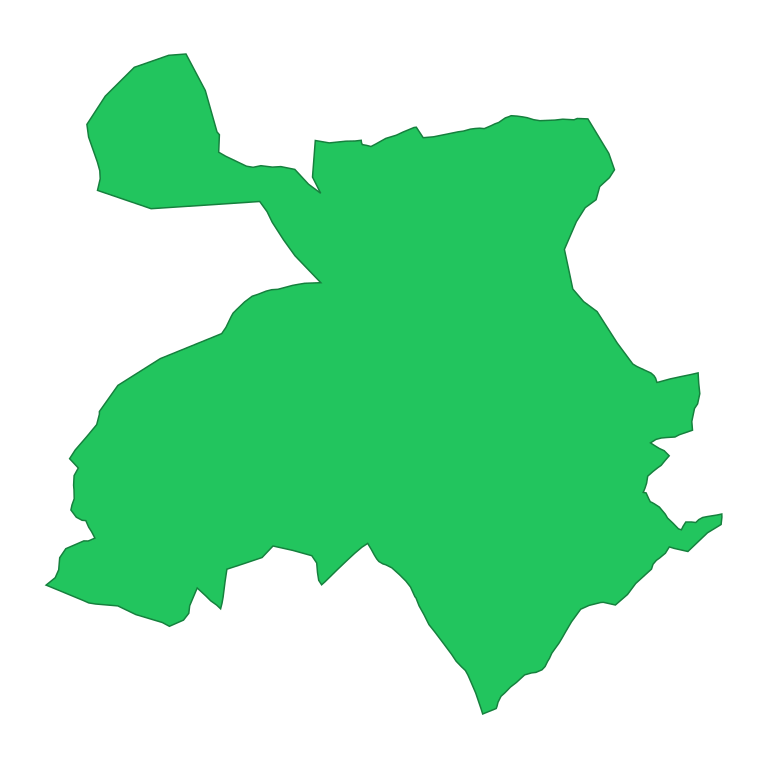 the district of Ahiazu-Mbaise, Imo, Nigeria
{"feature_id": "59680162B56887411771488", "entity_name": "Ahiazu-Mbaise", "entity_type": "district", "adm_level": 2, "iso_a3": "NGA", "parent_name": "Nigeria", "parent_adm1": "Imo", "projection": "albers", "projection_center": [7.273, 5.552], "detail": "fine", "context": "isolated", "style": "filled", "palette": "green", "viewbox_px": 768, "rotation_deg": 0, "n_neighbors": 0, "source": "geoboundaries", "source_scale": "gbopen_adm2", "svg_char_len": 3607}
<svg xmlns="http://www.w3.org/2000/svg" viewBox="0 0 768 768"><path d="M83.3,600.5L88.7,602.9L95.5,604.0L117.8,605.9L135.9,614.6L162.3,622.5L169.4,626.3L183.5,620.1L188.8,613.3L189.7,605.7L197.2,588.0L206.0,596.1L210.7,600.8L216.7,605.1L220.6,608.8L222.0,603.3L223.1,597.1L225.1,581.3L226.9,569.2L244.6,563.4L262.1,557.5L273.0,546.0L292.8,550.4L311.8,555.7L316.7,563.0L317.5,572.5L318.7,580.3L321.6,584.8L325.0,581.8L337.7,569.3L348.2,559.3L354.7,553.3L361.9,547.2L367.7,543.4L371.4,549.6L374.5,555.3L376.8,559.0L378.9,561.5L382.9,563.9L385.6,564.7L391.8,567.8L399.6,574.8L405.8,581.0L410.5,587.0L414.9,596.7L416.0,598.0L419.1,605.9L423.9,614.5L427.4,621.5L429.0,624.7L434.6,631.7L441.5,640.8L451.5,654.2L456.2,661.3L461.6,666.9L465.4,670.5L467.8,674.8L469.2,677.9L472.3,685.1L475.7,693.0L481.1,708.9L482.7,714.0L496.2,708.5L497.0,706.3L498.0,702.3L501.0,696.3L505.1,692.6L510.4,687.1L516.5,682.4L524.6,674.9L526.7,674.3L531.6,672.9L535.9,672.4L542.0,669.8L545.1,666.5L547.6,661.4L549.4,658.5L551.8,653.2L554.2,649.8L559.1,643.0L561.8,638.5L565.9,631.3L571.5,621.8L580.7,609.2L589.1,605.4L600.7,602.5L603.3,602.3L615.4,605.0L627.5,594.5L635.7,583.5L651.5,569.1L653.0,564.3L656.4,560.3L659.6,558.0L665.4,553.2L669.3,546.9L674.2,548.4L687.9,551.5L707.5,532.8L721.1,524.5L721.9,517.2L721.8,514.0L717.1,515.0L716.5,515.1L711.4,515.9L707.1,516.6L702.6,517.5L698.8,519.6L695.8,522.5L691.4,522.0L685.8,522.0L683.1,526.3L681.4,529.8L678.5,528.9L673.2,523.4L667.5,518.0L665.3,514.2L659.4,507.1L654.3,503.8L651.8,502.4L650.3,501.8L648.8,498.9L646.1,492.9L643.2,492.4L644.9,488.4L646.6,483.2L647.7,476.2L653.0,471.5L657.8,467.7L661.2,465.3L665.2,460.4L669.2,455.8L664.2,450.7L659.2,448.4L654.5,445.5L650.5,442.9L656.0,439.4L661.3,438.0L666.9,437.5L675.0,437.0L679.4,434.7L692.5,430.2L691.8,421.5L694.5,408.5L697.6,403.9L699.8,393.7L698.7,383.1L698.1,372.9L690.2,374.7L680.4,376.7L675.4,377.8L670.2,378.9L658.2,382.2L656.9,382.4L656.4,380.8L655.6,378.2L654.0,375.7L651.1,373.1L644.6,370.1L636.9,366.5L632.8,364.0L617.2,343.0L597.1,311.6L583.6,301.6L572.8,289.0L569.1,271.4L564.4,249.4L576.4,221.6L585.2,207.7L596.1,199.7L599.7,186.6L609.4,177.7L614.5,169.8L608.8,153.4L587.9,118.9L581.0,118.6L577.2,118.5L574.0,119.8L562.7,119.2L554.8,120.1L547.1,120.4L539.9,120.7L533.7,119.7L527.2,117.7L522.8,116.9L517.0,116.1L511.1,115.7L509.1,116.6L505.3,117.9L500.8,121.0L498.7,122.5L495.0,123.8L491.1,125.7L484.3,128.6L479.8,128.2L475.2,128.5L470.5,129.1L463.3,131.1L458.2,131.8L433.6,136.8L423.2,137.7L416.3,127.2L414.0,127.5L402.9,132.1L396.3,135.2L385.8,138.4L375.8,144.0L371.0,146.5L366.7,145.4L362.3,144.6L361.5,142.7L361.2,140.3L355.1,141.0L345.8,141.2L329.3,142.9L315.3,140.5L312.5,177.1L320.7,193.3L308.5,184.2L294.8,169.4L280.9,166.6L272.4,167.1L260.9,165.7L253.1,167.3L246.5,166.2L225.6,156.2L218.7,152.2L219.4,134.7L217.0,131.9L205.3,90.5L186.0,54.0L168.7,55.3L134.3,67.3L105.3,96.1L86.9,124.4L88.6,137.1L97.4,162.1L99.8,170.8L100.2,178.8L97.5,190.4L151.1,208.7L259.7,201.5L267.1,211.7L272.3,222.4L283.5,239.8L295.0,255.8L320.8,282.7L304.6,283.3L298.0,284.4L292.5,285.4L287.3,286.8L281.3,288.4L277.9,289.3L271.7,289.7L266.2,291.1L258.0,294.3L252.2,296.2L244.6,301.9L236.8,309.4L233.1,313.1L231.2,316.5L226.0,327.3L221.7,333.6L160.3,358.6L117.9,385.4L99.4,411.5L99.4,414.2L96.7,424.6L86.6,436.8L75.2,450.0L69.6,458.7L78.3,468.0L74.1,475.6L73.6,485.3L74.0,489.8L74.2,498.8L72.0,504.9L70.9,510.0L76.3,517.2L82.1,520.3L85.8,520.6L88.7,527.2L90.7,530.3L91.7,531.9L94.9,538.1L88.2,541.0L83.8,540.9L65.8,548.7L59.7,557.7L58.7,569.8L55.2,577.7L46.1,585.1L83.3,600.5Z" fill="#22c55e" stroke="#15803d" stroke-width="1.5"/></svg>